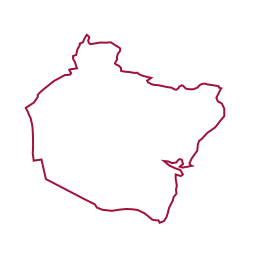 Beaufort, Sabah, Malaysia, rotated 261°
{"feature_id": "92858781B48397609160298", "entity_name": "Beaufort", "entity_type": "district", "adm_level": 2, "iso_a3": "MYS", "parent_name": "Malaysia", "parent_adm1": "Sabah", "projection": "robinson", "projection_center": [115.744, 5.299], "detail": "fine", "context": "isolated", "style": "outline", "palette": "rose", "viewbox_px": 256, "rotation_deg": 261, "n_neighbors": 0, "source": "geoboundaries", "source_scale": "gbopen_adm2", "svg_char_len": 2161}
<svg xmlns="http://www.w3.org/2000/svg" viewBox="0 0 256 256"><g transform="rotate(261 128 128)"><path d="M152.6,226.3L153.8,224.1L155.1,224.0L155.9,221.7L156.7,219.4L158.7,213.1L159.9,210.8L159.9,208.3L159.4,206.0L158.2,204.4L157.0,202.7L156.0,198.6L156.7,194.6L157.8,191.3L161.1,189.0L161.8,187.6L160.8,185.1L159.1,183.7L158.2,181.5L159.2,179.6L161.2,177.1L162.0,173.9L165.4,165.0L166.6,160.1L168.0,157.5L170.0,154.9L171.8,154.3L172.8,156.6L173.9,158.7L175.2,155.5L176.3,153.0L177.6,150.0L179.8,146.9L181.1,145.9L181.5,142.6L183.0,138.2L183.9,134.7L184.7,132.0L185.5,130.1L188.5,130.5L191.0,128.6L192.7,126.0L193.8,125.2L195.9,126.6L197.4,128.0L199.4,128.0L203.0,129.6L203.9,130.8L205.1,132.0L207.7,132.8L209.3,131.3L211.5,128.6L215.3,124.5L215.8,119.1L216.7,114.2L216.7,110.0L216.7,107.2L216.7,103.9L218.3,102.6L220.5,102.3L223.7,104.0L225.8,102.6L226.5,101.8L222.6,98.7L219.8,96.9L219.4,95.7L218.9,93.5L217.3,93.3L216.1,92.4L214.3,90.9L212.2,89.7L210.5,89.2L208.2,88.0L207.7,85.0L205.9,84.7L204.5,84.7L201.5,85.9L199.7,86.2L197.7,86.4L194.9,87.0L194.9,85.5L195.0,80.8L194.7,79.1L192.9,79.6L191.3,80.5L189.9,79.4L189.8,77.0L190.2,74.0L185.9,62.0L178.6,49.2L177.4,47.4L176.0,45.4L174.8,44.0L172.6,43.6L167.9,39.1L163.9,30.2L159.0,31.8L155.9,32.4L152.9,33.4L150.4,33.5L147.1,33.8L144.5,33.8L140.5,33.5L135.3,32.9L130.9,32.3L125.3,31.5L117.5,29.9L113.7,29.9L110.5,29.7L110.4,37.6L90.4,38.9L64.9,73.3L57.7,83.4L54.3,84.8L51.2,90.0L48.7,99.2L48.7,106.3L48.3,113.6L46.8,120.6L45.4,124.9L41.4,130.7L37.9,134.0L33.7,137.6L32.6,140.6L32.0,143.7L29.5,144.4L30.4,148.9L33.7,151.9L37.7,154.0L41.4,155.5L42.9,156.2L45.8,158.3L49.3,160.9L52.7,162.3L55.6,165.6L59.8,165.8L63.3,167.2L71.0,167.2L74.6,167.9L72.3,172.6L73.5,175.0L78.3,173.1L80.8,168.4L84.6,162.8L89.8,158.3L88.7,162.5L86.4,166.1L86.4,170.5L88.3,172.2L89.2,174.1L88.3,176.2L83.7,176.7L82.5,174.3L81.7,173.1L80.4,175.7L80.4,179.9L80.7,185.1L81.4,184.0L83.5,183.2L87.9,186.1L91.5,189.6L94.8,192.9L100.4,194.3L104.2,196.2L105.4,198.8L110.8,205.6L115.0,214.3L120.9,220.5L124.6,224.9L132.1,226.1L137.5,224.5L140.3,220.9L144.0,220.0L151.9,225.6L152.6,226.3Z" fill="none" stroke="#9f1239" stroke-width="2"/></g></svg>